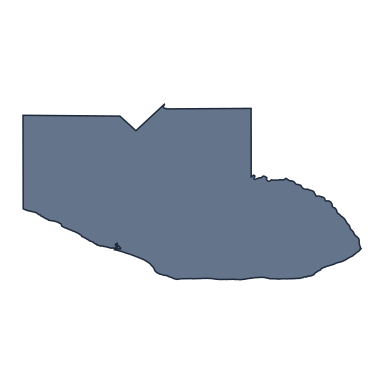 the district of Adolfo Alsina, Río Negro, Argentina
{"feature_id": "61730980B95988601788876", "entity_name": "Adolfo Alsina", "entity_type": "district", "adm_level": 2, "iso_a3": "ARG", "parent_name": "Argentina", "parent_adm1": "Río Negro", "projection": "robinson", "projection_center": [-63.547, -40.776], "detail": "fine", "context": "isolated", "style": "filled", "palette": "slate", "viewbox_px": 384, "rotation_deg": 0, "n_neighbors": 0, "source": "geoboundaries", "source_scale": "gbopen_adm2", "svg_char_len": 6007}
<svg xmlns="http://www.w3.org/2000/svg" viewBox="0 0 384 384"><path d="M23.0,115.3L23.2,208.8L23.4,208.9L24.1,209.3L27.1,210.4L27.5,210.6L28.7,210.8L33.3,211.9L34.3,212.1L36.4,212.8L37.8,213.8L38.5,214.4L39.0,214.7L39.5,214.8L40.3,215.1L40.8,215.8L41.6,216.4L41.9,216.5L42.5,216.5L43.0,216.8L43.3,217.3L45.2,218.2L45.7,218.6L46.3,218.7L47.3,219.3L48.1,219.6L48.4,220.1L48.7,220.3L49.2,220.3L50.3,220.6L51.0,220.6L52.5,220.8L53.2,221.1L54.7,221.1L55.4,221.5L55.8,221.5L56.3,221.8L57.2,221.9L57.9,222.3L58.6,222.6L59.1,223.0L59.7,223.2L60.1,223.5L61.2,224.0L61.3,224.3L61.5,225.5L61.8,226.0L62.0,226.3L65.0,227.8L66.5,228.3L67.2,228.5L68.1,229.1L69.1,229.4L69.4,229.6L71.1,230.1L72.3,230.8L73.9,231.4L74.6,231.5L75.3,232.0L77.6,232.9L78.0,233.3L78.7,233.6L78.9,233.7L79.0,233.9L79.6,234.1L79.9,234.4L80.1,234.7L80.6,234.8L81.2,235.2L81.4,235.9L82.0,236.6L82.4,236.6L82.7,236.9L83.2,237.0L83.7,237.2L84.2,237.7L84.3,237.8L84.7,237.8L85.5,238.1L85.8,238.3L85.9,238.5L87.0,239.2L87.9,239.6L89.3,240.7L90.8,241.3L92.2,241.6L92.5,241.9L93.2,242.1L93.4,242.3L93.5,242.6L94.5,243.4L95.4,243.8L95.7,243.8L97.1,244.5L97.3,244.9L97.0,244.9L97.3,245.1L98.2,245.4L99.3,245.5L99.8,245.7L100.4,246.1L102.7,246.0L103.1,246.2L103.7,246.4L104.0,246.6L105.5,246.6L107.0,247.1L107.7,247.2L109.9,247.9L110.9,248.1L114.8,248.1L115.2,247.9L116.0,247.9L116.6,247.6L117.0,247.4L117.8,247.1L117.8,246.8L116.4,246.1L115.7,245.6L115.3,245.1L115.4,244.6L116.2,243.7L117.0,243.2L117.2,243.3L117.3,243.6L116.3,244.2L116.3,244.5L116.6,244.8L116.6,245.1L116.9,245.3L117.2,245.4L117.5,245.2L117.8,245.3L117.9,245.6L118.2,245.9L119.0,246.2L119.4,247.0L119.8,247.8L120.3,247.6L120.5,247.7L120.4,248.4L120.6,248.6L120.4,249.0L118.8,248.9L117.7,248.6L117.2,248.6L115.8,248.9L115.0,249.3L114.6,249.4L114.4,249.7L115.7,249.9L116.8,250.2L119.5,250.9L120.2,251.2L121.2,251.4L122.9,251.9L125.8,253.0L129.3,254.0L134.4,255.9L136.4,256.7L136.8,256.7L138.4,257.5L143.4,259.5L144.9,260.3L148.1,262.3L150.1,263.8L150.9,264.7L151.2,265.3L152.5,266.4L153.4,267.6L153.7,268.0L154.0,268.5L154.4,269.5L154.7,270.0L154.7,270.4L154.9,270.8L155.6,271.4L155.8,271.7L156.3,272.1L156.8,272.6L157.2,272.6L157.6,273.0L158.0,273.2L158.3,273.3L159.7,274.1L161.6,274.5L164.1,275.3L165.3,275.4L166.2,275.4L167.1,275.9L167.6,275.9L168.1,276.3L168.5,276.5L170.2,277.1L171.2,277.3L171.6,277.6L172.7,278.0L173.3,278.4L174.2,278.6L174.6,278.9L175.0,279.0L176.0,279.1L177.2,279.4L179.3,279.0L182.5,278.7L184.1,278.8L185.7,278.6L186.5,278.7L191.6,278.6L193.8,278.8L195.7,278.6L196.3,278.7L197.2,278.6L200.5,278.6L201.5,278.4L205.9,278.4L206.8,278.3L210.7,278.5L213.1,278.7L213.7,278.9L214.1,278.9L215.9,279.2L220.3,279.5L224.5,279.4L227.2,279.5L228.3,279.3L230.6,279.4L232.4,279.2L234.5,279.4L235.5,279.5L236.7,279.5L237.1,279.4L237.5,279.4L238.5,279.6L240.4,279.7L242.7,279.4L243.1,279.3L244.0,279.3L244.7,279.2L245.6,279.1L247.8,278.6L250.4,278.3L251.5,278.2L252.3,278.0L254.7,277.7L262.0,277.3L265.6,277.6L266.0,277.9L266.9,278.0L267.6,278.2L268.6,278.3L269.3,278.7L274.2,278.8L275.8,278.8L276.5,279.0L277.2,278.9L277.5,279.0L279.1,279.1L282.2,278.8L285.5,278.8L286.6,278.9L288.6,278.8L289.7,278.6L290.7,278.8L291.7,278.6L292.0,278.8L292.8,278.6L293.1,278.7L293.3,278.6L294.1,278.6L294.3,278.5L295.0,278.7L295.4,278.5L300.1,278.3L301.3,277.8L302.3,277.8L302.7,277.7L303.0,277.5L304.0,277.2L304.4,277.0L304.8,276.8L305.2,276.8L306.2,277.0L306.5,277.0L306.6,276.9L306.6,276.6L306.9,276.6L307.2,276.6L307.7,276.4L308.6,276.2L310.4,276.0L311.8,275.6L312.3,275.3L313.0,275.0L313.6,274.8L314.0,274.4L314.6,273.9L314.5,273.6L315.3,272.7L316.8,272.0L317.1,271.5L318.0,271.1L318.3,270.9L319.3,270.5L319.8,270.4L320.6,269.8L320.7,269.5L321.0,269.0L321.6,268.5L323.1,267.8L327.2,266.2L330.6,265.3L331.5,264.9L333.8,264.3L336.2,263.1L338.7,262.4L339.8,262.2L343.3,261.0L346.5,259.3L348.3,258.1L349.9,257.2L350.7,256.8L351.5,256.5L353.0,255.7L353.4,255.2L355.2,253.9L355.8,253.1L356.3,252.8L359.1,250.9L360.2,249.6L360.3,249.1L360.7,248.9L360.5,248.7L361.0,248.4L360.5,247.8L359.5,244.7L359.2,243.0L359.1,241.6L359.2,240.3L359.0,239.6L358.8,238.8L358.0,237.8L357.4,237.2L355.7,235.8L355.2,235.4L354.2,234.0L353.5,232.3L352.8,231.2L352.1,230.5L350.7,229.4L350.4,228.6L349.6,226.3L349.2,225.5L348.9,225.0L347.2,223.3L346.9,222.8L345.1,219.7L344.5,218.9L342.6,217.1L340.9,216.0L340.4,215.6L340.0,214.9L339.3,214.3L338.6,213.7L337.7,213.2L337.1,212.3L336.6,210.4L336.3,209.9L335.6,208.7L335.3,208.3L335.0,208.1L333.5,207.6L333.1,207.3L332.8,207.0L332.3,206.2L332.0,204.2L331.7,203.5L331.1,202.5L329.9,201.4L329.4,201.2L328.2,200.8L326.7,201.0L326.0,201.0L325.7,200.8L325.2,200.4L324.8,198.8L324.5,198.3L323.7,197.6L322.5,197.0L318.5,196.0L318.0,196.0L316.7,196.2L316.2,196.1L315.9,195.8L315.4,194.6L314.5,193.2L314.0,191.9L313.2,191.2L311.4,190.4L310.0,190.2L308.8,189.8L308.4,189.4L308.0,189.2L306.9,189.1L306.2,189.3L305.5,189.4L304.0,188.9L302.8,188.2L302.4,187.8L301.4,186.5L300.9,185.4L300.4,185.1L299.5,185.1L298.4,184.5L297.1,184.5L296.0,184.1L295.6,183.8L295.2,183.1L294.1,182.1L294.0,181.8L293.6,181.6L293.1,181.3L292.1,181.0L291.8,180.8L291.1,180.9L290.2,180.7L289.8,180.8L288.6,180.1L286.2,178.4L285.6,178.5L284.0,179.8L283.7,179.9L282.9,179.7L282.0,179.9L281.6,179.9L281.2,179.9L280.8,179.7L280.0,179.7L277.2,180.2L275.3,180.0L273.4,180.2L271.5,179.8L271.1,180.0L270.2,180.8L269.5,181.2L269.0,181.2L268.5,181.2L267.9,181.0L266.9,180.1L266.6,179.7L266.5,179.3L266.5,179.0L266.8,178.0L266.8,177.7L266.6,177.5L265.6,176.8L264.2,176.2L263.3,176.1L262.6,176.4L262.3,176.7L261.8,177.3L261.0,177.8L260.4,177.8L259.8,177.7L259.3,177.8L257.9,178.3L255.1,179.4L254.4,179.3L254.1,179.1L253.9,178.4L254.2,177.6L254.7,177.1L254.8,176.6L254.9,176.2L254.7,175.9L254.6,175.6L254.3,175.4L253.9,175.2L253.6,175.2L253.4,175.4L252.8,175.6L252.1,176.3L251.2,176.9L251.1,108.4L166.9,108.9L166.0,108.4L164.7,108.5L164.3,108.3L163.7,107.8L163.3,107.0L163.3,106.8L163.6,106.1L164.3,105.0L164.4,104.6L164.3,104.3L135.9,130.7L119.9,116.1L23.0,115.3Z" fill="#64748b" stroke="#1e293b" stroke-width="1.5"/></svg>